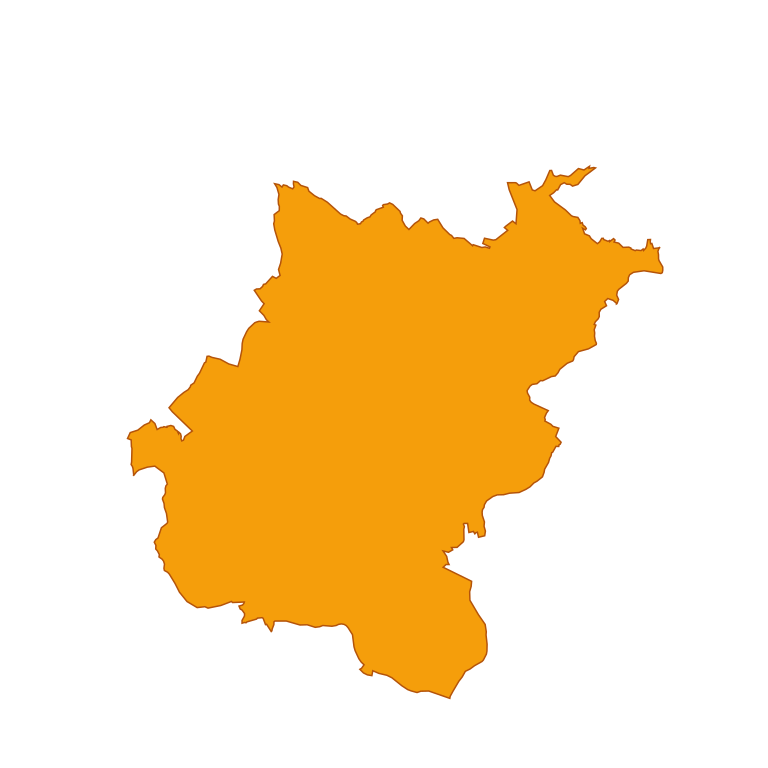 the district of Sanmartin, Cluj, Romania, rotated 21°
{"feature_id": "2599482B60326025316894", "entity_name": "Sanmartin", "entity_type": "district", "adm_level": 2, "iso_a3": "ROU", "parent_name": "Romania", "parent_adm1": "Cluj", "projection": "equal_earth", "projection_center": [24.069, 47.018], "detail": "fine", "context": "isolated", "style": "filled", "palette": "amber", "viewbox_px": 768, "rotation_deg": 21, "n_neighbors": 0, "source": "geoboundaries", "source_scale": "gbopen_adm2", "svg_char_len": 6170}
<svg xmlns="http://www.w3.org/2000/svg" viewBox="0 0 768 768"><g transform="rotate(21 384 384)"><path d="M564.5,406.0L565.7,398.3L565.3,393.9L565.7,391.2L565.1,388.0L565.9,387.3L566.9,380.6L569.5,379.7L569.2,378.2L570.1,377.0L570.2,374.9L563.1,371.5L563.1,362.6L556.8,363.0L554.2,361.8L547.4,360.9L547.3,359.5L545.9,357.7L546.1,352.9L546.9,350.0L531.2,349.0L528.0,348.3L525.8,346.9L524.8,344.1L521.3,341.1L520.0,339.1L520.1,338.2L521.1,333.6L522.5,331.3L526.7,328.9L528.9,324.7L531.0,324.1L537.6,317.1L541.0,315.1L542.4,311.2L542.9,307.2L547.6,299.0L551.9,294.9L552.2,293.4L551.7,290.4L553.9,284.1L562.3,277.9L568.0,271.1L567.7,269.9L565.6,267.7L563.4,264.0L562.4,260.8L560.8,258.0L560.7,253.1L558.9,253.1L559.0,250.2L560.6,246.4L560.8,243.9L559.2,239.9L559.7,236.5L563.7,231.2L560.4,227.9L562.3,224.0L567.9,223.8L572.0,225.3L572.3,226.0L572.7,225.5L572.7,221.0L569.4,217.7L568.6,213.7L569.3,211.4L574.2,203.2L575.1,200.4L574.0,197.1L574.2,193.9L576.9,190.3L586.2,185.1L602.9,181.6L603.9,180.3L603.5,177.9L602.3,174.9L596.4,170.1L595.4,168.6L593.9,164.8L592.2,162.1L592.1,159.2L592.7,157.4L591.5,158.6L587.1,160.9L583.7,156.8L582.6,157.5L581.6,155.8L581.0,153.6L578.5,154.7L579.8,161.1L579.7,163.3L578.5,166.3L577.5,165.1L576.2,167.3L571.6,168.5L570.7,169.5L566.3,169.4L565.8,168.6L563.5,168.5L558.2,170.8L552.7,168.4L547.9,169.0L548.1,166.8L546.2,166.0L543.6,170.2L543.1,169.3L542.0,170.5L537.4,170.4L536.5,169.4L535.1,170.0L534.4,174.0L532.9,176.5L525.3,174.1L522.7,172.1L517.4,171.9L513.6,167.4L516.8,167.9L517.2,166.4L515.5,165.1L512.8,164.3L511.2,162.3L509.7,163.7L508.4,161.3L505.3,159.0L500.4,159.9L498.5,159.7L491.0,156.5L477.9,152.9L471.1,148.6L473.8,144.7L475.5,140.8L476.6,140.6L477.4,134.6L480.1,131.5L483.0,132.0L486.2,130.9L489.1,131.7L493.5,128.2L497.0,117.6L504.0,106.5L502.3,106.7L498.1,109.2L497.8,107.1L494.0,112.5L488.3,113.2L483.4,122.5L481.7,124.4L473.8,125.8L471.1,128.3L469.3,128.8L467.3,128.4L463.9,124.6L462.3,125.3L461.9,135.3L461.0,142.0L455.8,149.5L452.9,149.7L447.0,143.3L438.8,150.2L435.6,148.9L434.4,149.0L427.2,151.8L431.2,157.7L445.7,173.5L449.8,187.1L445.6,185.8L441.1,193.1L440.3,194.8L444.4,196.2L436.7,209.2L434.5,210.5L425.6,211.9L425.9,217.4L433.8,218.0L433.8,219.5L429.4,219.8L426.4,221.5L417.3,222.0L417.2,223.2L406.6,219.4L399.8,221.3L397.0,223.0L393.8,221.1L391.8,220.9L383.1,217.1L375.1,211.0L371.6,213.0L368.3,216.5L367.5,218.1L362.0,215.6L358.9,215.8L358.0,219.1L355.1,223.2L351.9,230.8L347.3,228.9L342.3,224.7L340.9,220.4L338.2,218.6L337.1,217.1L327.8,213.2L324.3,212.9L322.8,214.7L319.3,216.7L318.7,217.8L320.0,219.2L314.5,223.9L314.0,224.9L314.2,226.3L311.4,230.8L311.0,233.0L308.8,234.8L306.2,238.2L306.0,239.7L304.9,240.8L304.6,242.8L302.0,244.3L300.8,243.1L299.1,242.4L293.3,242.1L288.5,240.7L286.2,241.3L282.5,240.9L266.0,234.6L258.9,233.2L257.3,233.9L251.6,233.1L244.8,230.9L242.3,228.0L235.2,228.4L231.2,226.6L226.9,227.2L227.7,229.6L229.4,232.3L228.8,234.5L224.4,234.4L222.2,233.7L218.7,234.2L218.2,236.7L214.5,235.5L210.1,236.2L213.6,238.9L218.0,244.7L219.1,249.7L221.0,253.9L222.6,255.6L224.1,259.7L220.7,265.2L223.3,271.1L223.6,273.9L226.8,279.3L234.2,288.9L239.0,294.1L242.4,299.2L244.2,308.3L244.5,314.9L248.1,319.9L245.5,324.0L241.3,323.5L237.7,332.9L235.8,334.2L235.7,336.4L234.1,339.6L230.9,341.0L229.3,343.0L239.9,350.4L243.3,352.0L241.4,360.3L247.3,363.0L251.1,366.1L254.3,367.4L244.9,370.2L242.8,371.8L241.4,373.1L237.8,380.5L237.0,384.4L236.4,392.7L237.1,397.0L239.1,403.0L240.7,412.6L241.3,420.1L231.9,420.9L222.2,419.6L213.9,420.8L210.6,420.7L208.9,421.6L209.8,427.4L208.8,428.6L207.9,440.0L206.9,443.7L206.3,451.0L204.0,454.4L204.2,456.1L203.2,459.5L200.1,463.7L196.2,470.5L191.8,483.2L196.4,485.8L221.9,496.6L216.9,504.3L216.9,508.3L215.6,509.6L214.0,507.7L213.4,505.5L211.9,503.4L209.7,502.5L209.9,503.9L207.6,501.8L205.2,501.3L202.8,499.0L199.9,499.1L196.7,501.3L197.1,501.7L196.8,502.3L193.8,502.7L193.2,503.6L191.1,504.6L188.5,507.8L184.3,503.0L179.2,501.0L178.9,504.2L174.9,508.2L170.7,515.3L164.5,520.3L164.1,526.8L168.0,526.8L170.6,532.9L171.8,534.5L176.3,547.2L176.8,549.8L178.6,551.1L180.0,552.9L182.9,558.6L182.9,559.6L184.5,554.5L186.1,552.0L192.9,546.4L199.5,542.8L210.4,545.9L217.6,555.1L216.9,557.2L217.2,559.8L219.0,563.9L219.0,565.9L218.1,569.2L218.4,570.8L221.5,574.4L223.3,578.1L227.3,582.8L231.5,590.4L231.4,591.8L227.7,598.0L228.2,608.7L226.7,611.1L226.2,614.0L228.9,616.4L230.0,619.8L232.3,621.0L235.4,623.8L235.9,626.1L239.7,627.1L241.7,628.4L243.6,630.8L244.6,634.9L245.8,636.8L249.5,637.3L251.7,638.4L260.4,645.1L267.7,651.7L278.1,657.7L289.7,659.7L296.6,656.1L300.0,656.3L311.0,649.3L319.5,641.7L320.9,642.3L331.7,637.6L331.8,639.3L331.1,641.1L328.2,643.3L330.4,645.6L332.5,645.9L336.1,648.3L336.9,650.7L336.2,655.6L337.2,658.2L339.1,656.7L340.8,656.3L341.3,655.2L349.2,649.2L349.8,647.9L354.0,645.8L355.2,646.1L359.6,651.1L360.5,650.4L367.4,655.5L367.8,654.6L367.4,652.7L367.4,648.1L366.5,645.5L367.1,644.4L377.7,640.3L391.9,639.1L398.6,636.3L407.0,635.8L411.0,633.6L413.4,631.4L422.2,628.8L425.9,626.6L427.8,624.6L430.3,623.2L432.9,622.7L435.4,623.1L437.7,624.3L444.4,629.3L450.2,640.1L452.6,643.3L459.0,649.5L462.4,651.8L466.0,653.3L464.9,657.5L463.7,659.0L468.4,661.1L472.7,661.5L477.2,660.6L476.3,655.7L482.8,656.0L491.1,654.9L496.6,655.4L508.7,659.3L515.6,660.8L519.2,660.8L525.4,660.2L528.5,657.6L535.8,654.6L558.1,653.9L557.7,651.9L558.5,646.0L560.4,634.7L562.0,629.4L562.9,623.1L566.5,619.2L569.5,614.5L574.9,608.0L575.7,606.1L576.4,599.5L575.8,596.4L573.5,590.0L569.2,581.7L568.3,578.7L564.6,572.2L554.8,565.5L541.7,555.1L538.4,547.2L537.9,541.7L536.5,536.8L504.9,533.9L506.6,530.3L509.4,529.2L507.5,527.4L504.3,522.5L499.0,518.7L504.5,518.0L507.6,514.2L505.6,512.5L510.8,510.3L514.6,502.8L514.5,500.8L510.5,490.9L510.2,488.4L508.3,486.3L508.7,485.5L512.0,484.2L516.5,492.2L520.3,489.6L522.5,491.3L523.1,489.8L524.3,488.9L527.2,493.2L532.4,489.6L531.4,485.0L528.4,481.0L527.2,476.8L522.9,471.5L521.5,468.4L521.0,466.0L521.6,463.4L521.0,460.7L521.7,456.4L525.9,450.1L529.5,446.9L535.3,444.5L540.4,440.9L549.0,436.9L554.3,431.4L557.2,427.6L559.4,422.6L561.7,419.9L565.2,413.9L565.1,409.0L564.5,406.0Z" fill="#f59e0b" stroke="#b45309" stroke-width="1.5"/></g></svg>